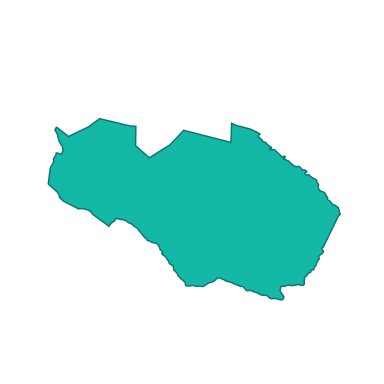 the district of Guajiquiro, La Paz, Honduras, rotated 310°
{"feature_id": "27666195B37681585704124", "entity_name": "Guajiquiro", "entity_type": "district", "adm_level": 2, "iso_a3": "HND", "parent_name": "Honduras", "parent_adm1": "La Paz", "projection": "equal_earth", "projection_center": [-87.784, 14.092], "detail": "fine", "context": "isolated", "style": "filled", "palette": "teal", "viewbox_px": 384, "rotation_deg": 310, "n_neighbors": 0, "source": "geoboundaries", "source_scale": "gbopen_adm2", "svg_char_len": 6087}
<svg xmlns="http://www.w3.org/2000/svg" viewBox="0 0 384 384"><g transform="rotate(310 192 192)"><path d="M206.2,106.8L202.5,101.6L188.8,74.1L175.3,70.8L155.1,61.7L155.0,57.1L154.6,46.7L154.1,46.6L152.5,46.9L151.8,46.9L151.6,47.0L151.4,47.2L149.7,51.7L147.2,55.0L145.2,58.2L144.8,59.3L144.4,60.6L143.9,61.9L143.7,63.0L143.5,63.5L143.0,64.2L141.5,65.8L141.2,66.4L137.1,67.7L134.7,62.9L134.0,63.4L133.0,63.9L131.8,64.2L128.8,64.5L128.2,64.8L127.4,65.6L126.3,66.4L125.0,67.0L124.4,67.2L123.1,67.3L120.4,67.8L119.0,68.2L105.8,76.7L105.3,89.1L105.0,89.7L104.8,90.8L104.3,92.0L103.7,93.0L103.0,93.5L102.8,93.8L102.6,94.3L102.5,95.1L102.5,97.1L102.4,99.2L102.4,99.8L102.8,101.2L106.2,116.1L107.1,116.7L107.8,117.4L110.2,121.1L110.6,121.9L110.9,122.7L111.3,124.0L111.6,125.0L111.7,126.3L111.8,127.8L111.6,128.6L111.2,129.8L111.1,130.8L112.4,150.5L113.3,150.3L116.3,150.2L119.0,150.9L120.1,151.3L120.5,151.2L121.5,150.7L122.1,150.6L122.5,150.7L123.1,151.1L123.3,151.5L123.6,152.4L123.9,152.6L124.4,153.2L124.6,153.9L125.1,154.8L126.2,156.8L127.4,159.0L127.6,159.9L127.7,160.7L127.6,162.2L127.6,162.7L128.5,165.5L128.8,166.5L128.8,167.1L128.6,168.1L128.6,169.5L129.0,172.9L129.1,173.8L128.7,175.3L128.1,177.1L127.8,180.2L127.5,181.2L127.1,182.3L127.1,183.5L126.7,185.2L126.9,187.1L126.8,187.7L126.6,188.3L126.2,188.8L126.2,189.2L126.2,189.4L127.0,190.1L127.1,190.4L127.3,191.0L127.4,192.7L127.7,193.8L127.9,194.4L129.2,196.6L129.7,197.5L129.9,198.2L129.9,198.8L129.7,199.6L129.3,201.5L129.0,201.9L128.2,203.5L127.3,204.8L127.3,205.7L127.6,207.0L127.5,207.6L127.4,207.8L127.1,208.0L125.7,208.2L125.5,208.6L125.3,209.1L125.1,209.9L125.2,210.6L125.4,212.9L125.2,214.5L124.2,216.9L124.1,217.3L124.2,218.1L124.1,218.5L123.3,219.5L122.9,220.2L122.8,220.7L122.8,221.3L122.9,222.1L122.9,224.0L123.1,224.7L123.1,225.1L122.9,225.6L122.1,226.3L121.3,227.8L120.4,228.3L120.4,228.7L120.5,229.3L120.4,230.9L119.9,233.7L119.6,234.4L119.3,234.7L119.0,234.7L118.9,234.9L119.0,236.2L118.9,236.8L118.7,237.7L118.4,239.0L118.4,239.9L118.5,241.0L118.4,242.0L118.4,243.3L118.3,244.3L118.1,245.0L117.8,245.6L117.5,246.0L116.9,246.4L116.5,247.0L116.4,247.5L116.5,248.1L117.5,249.5L118.0,249.9L118.8,250.8L119.7,251.6L120.5,252.0L120.8,252.4L121.9,254.7L122.2,255.3L125.0,258.7L126.3,260.8L126.5,261.1L127.5,261.5L128.6,262.0L131.1,262.6L133.8,263.6L134.8,264.4L135.8,265.3L136.5,265.5L137.9,266.1L139.6,266.5L141.4,266.6L142.1,266.7L143.5,267.6L143.8,268.0L144.2,268.8L144.5,270.0L145.3,272.9L145.7,275.4L147.0,277.9L147.2,278.8L148.2,280.7L148.6,282.9L149.2,284.7L149.7,286.6L150.3,287.4L150.5,287.6L150.6,287.8L150.7,288.2L150.5,288.9L150.6,289.5L150.8,290.0L151.0,290.2L151.4,290.4L151.8,290.5L152.1,291.3L152.2,292.3L152.1,293.6L152.0,294.3L151.6,296.3L151.6,297.1L151.8,297.6L152.1,298.1L153.5,299.2L154.1,300.1L154.6,301.0L154.9,301.7L155.4,303.9L155.9,304.8L156.3,305.3L156.8,306.8L156.9,307.5L157.1,309.5L157.9,311.6L158.2,312.3L159.2,313.6L160.2,314.6L160.6,315.2L160.8,315.8L160.8,316.8L160.7,319.0L160.9,320.6L161.1,321.1L161.6,321.9L162.3,322.5L163.6,323.7L164.7,325.7L164.8,325.9L165.9,328.5L166.9,330.0L168.0,330.5L169.0,330.6L169.2,330.4L169.6,330.4L171.0,329.4L171.2,328.8L172.4,324.2L172.6,323.6L173.1,322.9L173.5,322.4L173.9,322.2L175.0,321.8L176.5,321.1L177.0,321.1L177.4,321.1L177.6,321.2L177.9,321.4L179.0,323.2L179.3,323.6L180.3,324.3L182.3,325.2L182.7,325.6L183.2,326.4L184.2,328.4L184.5,328.9L188.1,331.8L189.1,332.4L189.7,333.3L190.2,334.5L190.5,334.9L190.7,335.6L191.2,336.4L191.7,336.9L192.3,337.2L192.8,337.4L193.3,337.3L193.9,337.0L194.9,336.2L196.5,334.7L198.3,333.7L199.6,333.1L199.9,333.1L200.4,333.3L201.8,333.7L202.7,333.6L203.8,333.2L204.4,333.2L204.9,333.4L205.4,333.8L205.9,334.1L207.0,334.4L207.7,334.1L208.4,333.6L208.8,333.5L209.3,333.8L210.3,335.0L210.7,335.1L211.0,335.0L213.0,334.1L213.8,334.1L214.7,334.3L215.2,334.3L217.5,333.0L218.8,332.9L220.3,332.6L220.9,332.6L221.4,332.4L222.3,332.5L222.8,332.4L223.0,331.8L223.4,331.2L223.8,330.7L224.2,330.5L225.2,330.5L226.3,330.6L228.9,331.3L229.7,331.3L230.4,331.2L230.8,330.9L231.1,330.5L231.2,329.9L231.3,329.0L231.7,328.2L231.9,328.0L233.2,327.5L233.6,327.6L234.1,328.0L267.5,319.6L270.3,319.9L270.7,318.8L271.0,318.3L272.4,316.7L273.1,315.6L273.8,314.6L274.0,313.9L273.8,310.7L273.7,309.7L273.4,309.1L272.9,308.3L272.7,307.9L272.8,307.2L273.2,306.1L273.6,304.1L273.6,303.1L273.4,302.1L273.4,300.4L273.5,300.1L274.6,299.7L275.0,299.3L275.1,298.8L275.3,297.9L275.4,297.0L276.6,294.9L276.6,294.3L276.6,293.7L276.5,293.0L275.3,289.4L275.2,288.8L275.2,288.4L276.1,286.7L276.9,285.5L277.4,285.1L278.5,284.7L279.1,284.1L279.3,283.6L279.7,281.7L280.0,281.1L281.1,279.8L281.2,279.5L281.1,278.6L280.2,274.2L280.2,272.5L280.4,271.4L280.3,270.9L280.1,270.4L279.9,270.0L279.6,269.7L279.2,269.5L278.8,269.0L278.5,268.4L278.5,267.8L278.5,267.4L278.7,267.0L279.0,266.7L279.3,266.5L279.9,266.5L281.2,267.0L281.5,266.9L281.6,266.7L281.6,266.4L281.5,264.8L281.3,264.0L280.4,263.1L280.2,262.8L280.1,262.3L280.1,261.5L280.3,259.9L280.4,257.4L280.2,257.2L278.9,256.1L278.4,255.6L278.0,254.9L277.8,254.1L277.7,253.5L277.5,250.0L277.6,248.5L277.9,247.1L277.8,246.3L277.0,243.7L277.0,243.2L277.2,242.8L277.2,242.5L276.3,241.7L276.0,241.3L276.1,240.9L276.4,240.7L277.4,240.7L278.2,240.9L278.8,240.7L279.0,240.6L279.1,240.4L278.9,240.0L278.4,239.4L277.0,238.8L276.8,238.6L276.7,238.2L276.7,237.8L277.1,234.5L277.2,230.6L277.4,229.0L277.4,228.2L277.1,227.6L276.4,226.6L275.5,225.5L274.7,224.9L274.5,224.6L274.5,224.3L274.5,224.1L274.7,223.8L274.8,223.7L275.0,223.6L275.5,223.7L276.8,224.5L277.0,224.5L277.1,224.2L277.2,223.6L276.9,222.6L276.9,221.8L276.8,219.8L277.0,218.0L277.2,217.1L277.2,216.6L276.9,215.6L276.3,214.4L276.1,213.8L276.8,212.4L277.0,211.9L277.0,211.5L276.8,209.6L277.2,207.6L277.5,207.0L277.8,206.7L278.2,206.6L279.7,207.0L280.1,206.7L280.1,206.4L279.7,204.8L279.4,202.5L279.3,202.3L279.1,201.7L278.5,199.3L277.3,195.3L276.5,193.8L273.8,187.9L273.1,186.7L272.2,184.9L271.3,182.6L270.6,180.0L270.1,178.2L255.0,190.0L233.9,146.0L214.3,144.9L190.7,137.3L191.2,119.0L206.2,106.8Z" fill="#14b8a6" stroke="#0f766e" stroke-width="1.5"/></g></svg>